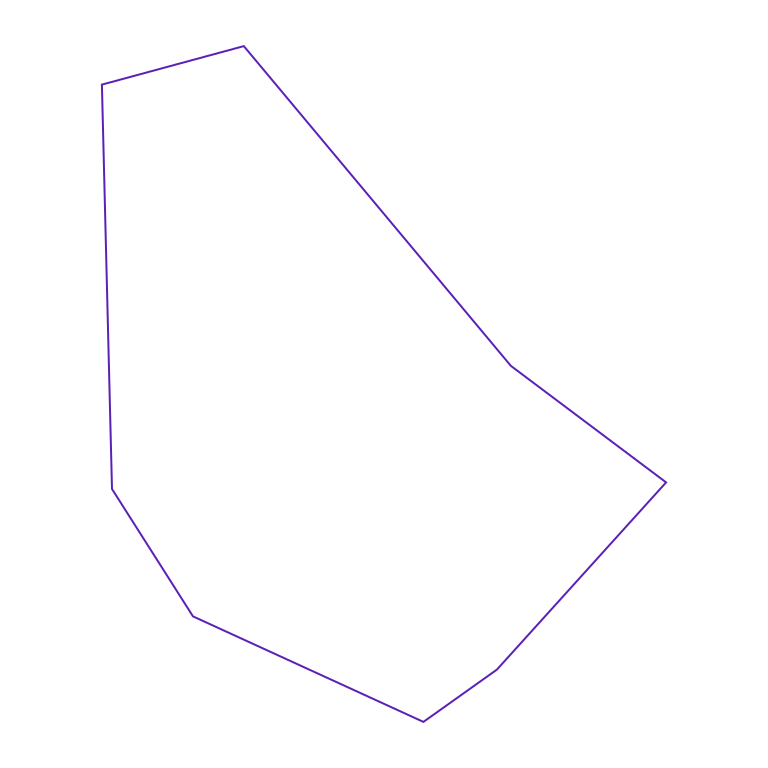 an SVG outline of Barbados
{"feature_id": "BRB", "entity_name": "Barbados", "entity_type": "country or territory", "adm_level": 0, "iso_a3": "BRB", "parent_name": "North America", "parent_adm1": "", "projection": "mercator", "projection_center": [-59.546, 13.19], "detail": "fine", "context": "isolated", "style": "outline", "palette": "violet", "viewbox_px": 768, "rotation_deg": 0, "n_neighbors": 0, "source": "natural_earth", "source_scale": "50m", "svg_char_len": 233}
<svg xmlns="http://www.w3.org/2000/svg" viewBox="0 0 768 768"><path d="M496.9,669.6L423.4,721.9L193.0,616.4L112.0,489.0L101.9,84.6L243.8,46.1L510.9,365.9L666.1,482.4L496.9,669.6Z" fill="none" stroke="#5b21b6" stroke-width="2"/></svg>